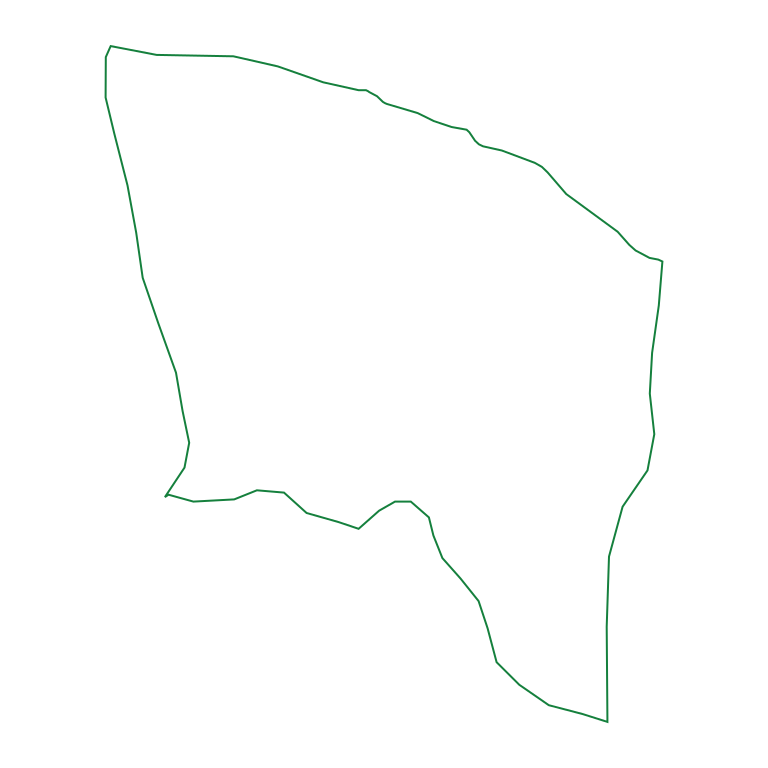 map outline of Surt (Albers equal-area conic projection)
{"feature_id": "LBY-2985", "entity_name": "Surt", "entity_type": "Municipality", "adm_level": 1, "iso_a3": "LBY", "parent_name": "Libya", "parent_adm1": "", "projection": "albers", "projection_center": [17.512, 29.873], "detail": "fine", "context": "isolated", "style": "outline", "palette": "green", "viewbox_px": 768, "rotation_deg": 0, "n_neighbors": 0, "source": "natural_earth", "source_scale": "10m", "svg_char_len": 1048}
<svg xmlns="http://www.w3.org/2000/svg" viewBox="0 0 768 768"><path d="M110.7,46.1L156.6,54.9L233.4,56.3L277.8,66.4L323.2,82.3L358.6,90.2L366.0,90.2L367.9,91.1L369.3,92.1L377.0,96.2L382.9,101.9L385.1,103.2L387.0,104.0L417.7,113.1L433.9,121.1L451.5,127.0L466.6,129.7L469.3,132.2L475.1,140.8L478.9,144.3L483.0,146.3L501.8,150.5L534.9,162.9L541.9,166.9L547.6,172.4L566.3,194.1L617.7,231.8L629.3,244.9L635.6,250.5L649.5,257.9L658.3,259.6L662.4,261.5L658.8,305.5L652.1,352.9L649.8,393.6L654.3,434.2L647.5,470.4L622.6,506.7L609.0,556.6L606.7,626.8L607.4,717.7L607.4,721.9L582.8,714.1L548.8,705.2L519.3,684.8L496.6,662.2L487.6,628.3L478.6,601.1L460.5,578.5L442.4,558.1L433.4,535.5L428.9,517.4L410.8,501.6L395.0,501.6L379.1,510.7L358.6,528.8L338.3,522.0L306.6,513.0L284.0,492.6L256.9,490.3L234.2,499.4L193.4,501.6L168.5,494.7L164.9,497.1L184.5,467.6L189.2,442.8L182.6,411.1L176.0,372.7L158.2,323.0L142.7,277.8L136.2,232.7L127.5,185.4L114.3,133.6L105.6,97.5L105.8,57.1L109.6,48.5L110.7,46.1L110.7,46.1Z" fill="none" stroke="#15803d" stroke-width="2"/></svg>